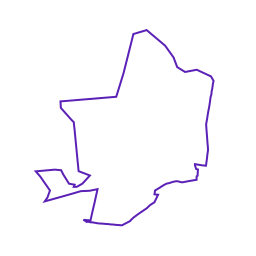 outline of Soledad Etla, Oaxaca, Mexico, rotated 100°
{"feature_id": "50627088B55469637772228", "entity_name": "Soledad Etla", "entity_type": "district", "adm_level": 2, "iso_a3": "MEX", "parent_name": "Mexico", "parent_adm1": "Oaxaca", "projection": "equal_earth", "projection_center": [-96.818, 17.158], "detail": "fine", "context": "isolated", "style": "outline", "palette": "violet", "viewbox_px": 256, "rotation_deg": 100, "n_neighbors": 0, "source": "geoboundaries", "source_scale": "gbopen_adm2", "svg_char_len": 2213}
<svg xmlns="http://www.w3.org/2000/svg" viewBox="0 0 256 256"><g transform="rotate(100 128 128)"><path d="M131.7,182.4L133.6,181.9L138.3,180.5L161.7,174.0L166.0,172.8L168.2,172.2L172.4,171.0L172.7,170.9L177.2,169.7L179.1,169.1L180.6,161.3L181.4,157.3L190.7,163.2L194.8,168.2L195.4,171.2L193.1,170.7L193.1,176.4L185.1,183.6L181.2,186.5L181.7,192.8L186.7,211.3L191.2,205.8L203.1,194.0L210.2,195.2L213.4,196.6L214.7,197.2L211.6,190.7L206.0,179.0L202.2,171.2L198.4,163.5L196.5,155.0L196.2,154.1L195.9,153.5L194.5,149.8L193.5,147.4L208.1,148.0L214.8,148.4L225.5,148.9L226.2,156.0L226.4,155.3L227.5,152.7L227.6,152.4L227.7,152.2L227.4,151.8L227.3,151.3L227.3,150.8L227.2,150.3L227.2,149.8L227.3,149.2L227.4,148.7L227.3,148.2L227.2,147.8L227.2,146.8L227.0,146.3L227.1,145.7L227.1,140.6L226.6,136.4L226.3,132.5L226.1,131.4L226.0,128.8L225.7,126.3L225.6,125.3L225.6,124.2L225.3,121.4L224.9,117.1L221.0,112.0L219.3,109.8L218.2,109.2L216.6,108.0L215.0,106.8L213.0,104.9L210.7,102.7L209.1,101.1L207.5,99.4L206.2,98.1L203.8,95.6L200.1,92.9L196.6,89.1L188.5,86.8L188.6,88.1L188.7,88.7L188.7,89.1L188.7,90.4L184.8,90.5L182.5,87.8L181.2,86.3L180.4,85.5L180.0,85.2L179.6,84.6L178.2,83.0L177.7,82.6L177.1,81.6L176.8,81.3L176.3,80.6L176.0,80.2L175.8,79.7L175.4,78.6L175.3,78.3L174.1,76.0L173.4,74.7L173.2,74.3L172.6,72.8L172.4,72.3L172.2,71.7L172.0,71.0L171.9,70.6L171.9,70.2L171.9,69.3L171.9,68.4L172.1,67.2L172.1,66.1L172.1,65.3L172.1,65.1L169.8,59.1L167.1,51.5L163.7,52.0L162.9,51.2L158.8,51.7L156.7,51.9L156.5,53.8L154.0,55.1L153.3,55.5L152.6,55.7L152.0,55.8L151.9,48.9L151.6,44.7L150.7,44.7L145.6,44.9L144.4,44.9L143.3,45.0L140.7,45.2L138.4,45.3L136.1,45.3L131.4,46.4L131.2,46.5L129.8,46.9L125.8,47.9L124.3,48.3L123.4,48.5L115.3,50.6L112.8,51.2L112.1,51.4L111.9,51.4L110.9,51.7L110.7,51.7L108.9,51.7L104.5,51.7L101.0,51.8L97.4,51.8L91.9,51.7L90.7,51.8L88.3,51.8L86.5,51.9L84.5,52.0L82.5,52.0L80.8,51.7L78.7,51.9L77.1,52.0L75.6,51.9L74.1,51.9L72.8,51.9L71.2,52.0L69.9,52.0L68.5,52.0L66.8,51.9L62.8,55.2L58.7,70.4L62.9,81.5L59.5,90.1L50.6,95.4L40.5,105.7L28.3,126.7L28.6,127.1L34.5,139.0L74.6,141.9L99.3,145.0L112.5,195.2L113.5,199.1L119.9,197.6L129.7,185.2L131.7,182.4Z" fill="none" stroke="#5b21b6" stroke-width="2"/></g></svg>